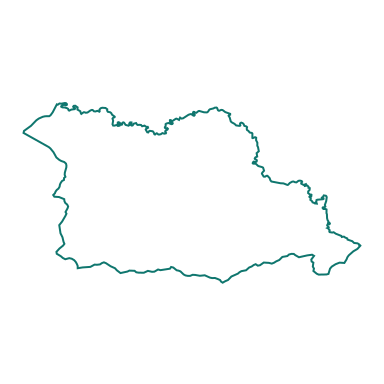 Waeng, Narathiwat, Thailand, rotated 269°
{"feature_id": "78962969B84911065588507", "entity_name": "Waeng", "entity_type": "district", "adm_level": 2, "iso_a3": "THA", "parent_name": "Thailand", "parent_adm1": "Narathiwat", "projection": "robinson", "projection_center": [101.893, 5.891], "detail": "fine", "context": "isolated", "style": "outline", "palette": "teal", "viewbox_px": 384, "rotation_deg": 269, "n_neighbors": 0, "source": "geoboundaries", "source_scale": "gbopen_adm2", "svg_char_len": 6054}
<svg xmlns="http://www.w3.org/2000/svg" viewBox="0 0 384 384"><g transform="rotate(269 192 192)"><path d="M254.0,24.6L239.4,49.6L238.0,51.2L234.2,54.2L228.9,57.0L226.4,59.9L225.3,61.8L224.2,64.8L222.6,66.5L220.8,66.9L218.9,66.8L213.6,65.2L211.4,65.0L209.4,65.7L208.2,64.3L206.3,64.2L205.3,62.3L203.6,61.0L201.8,60.1L199.6,59.7L197.7,58.5L196.4,56.8L194.8,55.6L193.1,54.9L191.4,53.2L189.7,54.3L189.3,58.9L187.1,64.1L185.1,64.3L183.3,65.1L181.6,67.0L179.7,67.9L177.9,67.3L174.2,65.2L172.5,66.1L170.3,65.0L164.7,61.6L161.2,58.7L153.0,59.8L149.0,61.7L144.4,62.7L142.4,63.5L140.7,62.2L137.8,58.5L134.5,55.4L132.6,55.7L130.1,59.7L128.3,61.7L127.0,64.1L128.0,68.1L127.4,70.6L125.9,73.0L124.0,74.6L122.1,75.6L120.1,76.4L117.8,76.4L118.5,81.4L118.9,89.1L121.1,93.3L120.9,95.7L121.2,98.7L122.5,100.7L123.2,102.7L122.3,104.8L119.2,109.3L117.1,113.7L115.0,115.5L112.2,119.1L113.6,126.1L114.5,128.0L114.2,133.2L112.7,134.9L112.3,137.2L112.1,142.4L113.9,146.5L112.9,150.6L113.0,153.0L115.1,156.7L114.4,159.1L115.7,168.6L117.4,169.8L116.8,172.0L114.0,175.3L113.6,177.2L112.8,179.1L109.7,182.2L108.7,184.0L108.2,186.4L108.2,188.7L109.2,191.2L109.0,193.8L108.1,198.4L108.5,203.3L106.1,208.4L105.6,210.5L105.6,213.5L104.6,216.1L103.5,218.5L101.9,219.5L100.8,221.1L102.2,223.6L103.4,226.5L106.8,229.9L109.6,236.5L110.9,238.0L112.0,240.0L112.8,244.7L115.5,247.8L116.5,250.4L117.9,252.4L118.7,254.4L117.2,256.5L117.6,258.7L120.2,262.5L119.8,267.7L119.0,270.5L119.9,272.9L121.2,275.0L122.5,278.1L125.5,281.2L126.3,286.2L127.8,287.9L128.4,290.3L128.3,292.7L127.1,294.1L124.9,297.8L126.6,306.1L127.2,311.0L126.0,312.9L122.4,310.1L120.4,310.4L119.3,312.1L115.3,311.5L113.3,312.6L110.9,312.0L108.1,315.3L107.2,317.2L107.2,324.9L107.7,327.0L113.0,328.7L115.0,330.5L117.3,334.3L118.8,338.3L118.4,343.1L122.0,345.4L124.0,346.2L125.9,347.6L129.9,352.3L132.2,356.4L135.4,359.4L136.0,358.9L136.0,358.2L137.0,357.9L137.8,356.5L138.2,353.2L140.0,351.4L141.7,346.7L142.9,346.4L143.8,344.3L144.6,343.4L144.7,342.4L144.4,341.0L145.5,340.5L147.8,335.0L149.3,332.9L149.0,331.5L149.5,328.9L150.3,328.6L151.4,329.0L152.3,328.1L153.0,327.9L153.6,326.7L154.3,328.0L155.1,327.7L156.1,326.6L157.0,326.8L157.8,327.6L157.4,328.9L158.0,329.3L158.6,329.0L158.3,328.2L158.6,327.5L160.2,327.9L161.4,327.1L163.4,326.6L167.4,326.5L168.5,326.1L172.2,326.2L172.7,325.2L172.7,323.1L173.8,322.3L174.4,322.7L174.5,324.4L175.1,325.1L176.7,324.6L180.5,326.0L184.3,326.6L185.2,326.4L185.9,325.8L186.3,323.7L184.8,322.8L184.1,321.7L183.6,321.8L183.3,323.4L182.8,323.4L182.5,322.9L182.1,317.1L181.7,316.3L180.4,316.2L179.4,315.4L178.7,316.5L178.2,316.6L178.5,314.4L179.3,313.3L179.5,312.4L180.9,311.7L182.1,310.2L183.8,310.7L184.8,309.4L185.3,309.3L185.7,309.7L185.8,311.2L187.1,311.4L187.4,311.0L187.4,309.9L188.9,308.1L190.6,308.2L192.0,309.6L193.8,309.8L194.2,308.5L195.2,308.6L196.5,307.4L196.1,305.1L196.6,305.2L197.4,306.1L197.9,306.0L197.1,303.7L198.4,301.4L199.0,301.3L200.2,302.3L201.1,301.8L201.5,300.1L201.3,298.6L199.8,296.6L200.0,295.1L200.7,293.7L200.6,292.4L199.3,289.9L197.6,288.3L197.4,287.5L199.0,283.6L199.2,280.7L201.1,271.6L202.3,270.6L204.5,269.9L206.9,267.7L206.9,266.8L206.0,265.2L206.2,263.9L209.1,262.2L210.1,262.6L212.0,264.4L215.1,263.5L215.7,262.4L216.8,258.7L219.2,256.2L219.3,253.6L219.7,253.2L220.5,253.4L221.3,254.2L220.9,256.4L221.3,257.1L222.2,257.4L222.9,257.2L224.0,255.4L224.5,255.3L225.5,256.0L226.3,257.8L229.7,257.3L231.6,259.5L235.7,258.8L237.1,258.1L240.2,258.2L242.6,257.0L245.2,257.1L245.7,256.0L244.8,253.7L245.0,253.3L249.4,253.4L250.0,252.9L250.5,250.7L252.2,249.4L252.9,248.2L254.1,247.8L255.9,248.2L256.6,247.5L257.2,245.5L259.0,244.8L260.0,243.8L260.5,242.4L259.9,241.4L259.4,241.2L257.7,241.5L257.4,241.2L257.3,240.4L257.8,237.3L259.4,235.7L261.0,232.9L261.9,232.0L265.8,231.0L267.6,229.9L268.0,230.1L268.6,231.5L269.5,231.5L271.3,226.7L273.4,224.0L273.6,222.6L272.8,220.8L272.9,219.9L273.5,219.3L275.5,218.6L276.0,218.0L275.9,216.2L275.2,214.9L274.4,211.4L273.7,210.5L272.1,209.5L271.3,208.3L271.5,205.3L272.9,200.7L272.8,199.9L271.1,197.7L271.2,196.6L272.0,195.8L272.1,195.0L271.7,194.5L270.8,194.4L269.0,196.1L268.3,195.6L268.3,194.8L269.9,192.6L269.9,191.8L269.3,189.9L265.8,184.3L265.6,182.7L266.6,181.4L264.3,180.3L265.6,177.9L265.5,177.1L263.2,173.5L263.4,172.7L264.3,172.0L264.2,171.2L263.4,171.1L261.7,171.7L261.4,172.3L261.3,173.8L260.8,173.9L260.3,173.4L260.2,172.5L261.4,169.6L260.9,167.6L260.3,166.8L258.3,166.8L257.3,166.0L256.7,166.0L256.0,166.7L256.3,168.4L255.6,169.0L254.9,168.6L253.3,166.3L252.7,166.3L251.5,167.1L251.1,166.9L250.8,165.3L251.4,163.4L250.3,161.8L250.0,160.0L250.2,159.2L251.2,158.1L251.3,157.5L250.1,156.0L250.4,155.4L252.3,154.7L253.4,153.8L253.9,150.8L253.5,150.1L252.3,149.3L252.5,148.3L255.2,146.8L255.7,147.0L257.0,149.2L257.9,148.9L258.0,147.2L259.2,145.7L258.6,143.3L259.9,142.2L260.1,140.8L260.0,138.8L260.4,138.2L261.9,137.3L261.3,134.9L259.7,133.9L259.4,133.1L259.8,132.3L260.4,131.9L261.8,132.7L262.6,132.7L262.7,131.4L261.7,130.5L259.9,130.4L259.4,129.7L260.3,126.7L262.4,125.4L262.8,124.8L262.7,124.1L262.2,123.5L260.7,123.3L260.5,122.8L262.7,120.7L263.1,119.6L262.8,119.0L261.7,118.9L261.1,119.4L260.7,121.1L260.1,121.2L259.6,120.8L259.3,119.1L260.3,117.8L259.7,115.5L259.8,114.3L261.1,113.7L264.6,114.4L266.8,113.8L267.6,114.5L268.1,115.9L268.7,116.0L270.7,113.4L272.2,112.7L273.1,111.7L273.7,109.2L274.8,108.6L276.2,108.7L277.5,107.0L277.8,103.7L277.3,102.1L276.0,100.9L274.3,101.1L273.9,100.8L274.8,98.7L274.2,96.9L274.4,95.4L275.7,94.1L275.8,93.3L275.3,91.9L273.3,88.9L273.1,87.2L273.6,85.9L273.6,85.0L272.0,82.7L272.5,82.3L274.7,81.7L276.4,78.9L278.6,79.1L280.3,76.8L280.2,75.3L279.5,74.7L278.7,75.0L277.8,76.6L276.9,76.2L276.5,72.8L275.5,70.7L275.8,70.1L277.2,69.6L277.8,68.9L278.7,66.4L278.9,63.8L279.6,62.7L280.2,62.9L281.1,64.3L281.4,65.7L280.9,67.5L281.1,68.2L282.0,68.5L283.0,67.6L283.2,66.5L282.6,63.0L282.8,61.0L281.6,59.3L282.0,58.4L274.1,54.1L271.2,51.9L270.3,50.6L270.3,46.5L269.8,44.1L268.1,40.1L266.4,37.6L261.0,32.2L256.0,25.1L254.0,24.6Z" fill="none" stroke="#0f766e" stroke-width="2"/></g></svg>